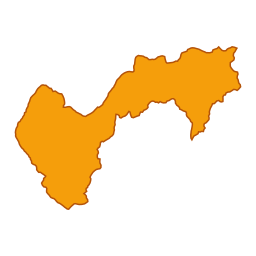 Santa Bárbara, Minas Gerais, Brazil
{"feature_id": "56859067B69434918593037", "entity_name": "Santa Bárbara", "entity_type": "district", "adm_level": 2, "iso_a3": "BRA", "parent_name": "Brazil", "parent_adm1": "Minas Gerais", "projection": "mercator", "projection_center": [-43.456, -20.054], "detail": "fine", "context": "isolated", "style": "filled", "palette": "amber", "viewbox_px": 256, "rotation_deg": 0, "n_neighbors": 0, "source": "geoboundaries", "source_scale": "gbopen_adm2", "svg_char_len": 5039}
<svg xmlns="http://www.w3.org/2000/svg" viewBox="0 0 256 256"><path d="M205.1,128.0L204.0,126.4L203.9,124.9L204.4,123.6L206.2,122.7L207.7,121.0L208.9,119.6L209.1,118.0L208.6,116.0L209.6,114.0L209.3,111.9L209.8,110.0L210.5,108.0L211.8,105.6L212.5,103.7L214.0,103.7L215.2,102.8L216.7,101.0L218.8,100.5L220.2,101.7L221.7,101.9L222.9,101.5L223.0,99.5L222.9,96.6L224.0,95.1L225.4,94.9L226.0,93.0L227.8,92.1L229.9,91.9L232.1,90.5L233.7,89.4L235.7,89.7L237.1,90.4L238.4,89.4L239.5,88.1L240.6,86.8L240.2,84.7L238.9,83.2L238.5,81.7L238.1,79.8L237.1,78.0L237.3,75.9L238.0,74.1L237.5,72.1L234.4,71.4L233.0,70.2L231.5,68.4L230.4,66.6L230.2,65.0L230.3,62.6L232.0,61.4L233.9,59.9L234.3,57.9L233.3,55.8L233.6,53.3L235.0,51.6L236.0,49.7L236.9,48.2L234.6,47.3L232.1,46.8L230.4,47.8L228.7,48.3L227.3,49.1L225.9,50.7L223.8,50.9L221.9,50.3L220.1,48.5L218.7,46.9L217.1,48.5L215.1,49.1L213.0,49.9L212.2,52.1L209.6,52.8L207.8,52.7L206.3,52.7L204.8,51.9L203.2,51.3L201.8,50.7L200.4,50.0L199.1,49.3L197.7,48.9L196.2,48.5L194.5,48.0L192.7,47.8L191.0,48.0L189.2,48.9L187.7,49.5L186.9,51.2L184.9,51.9L183.3,52.4L181.8,53.0L181.0,54.6L180.5,57.0L179.8,58.6L178.4,59.8L177.6,61.2L175.8,61.1L174.2,61.9L172.9,62.4L171.3,62.6L169.1,62.9L167.0,63.1L165.9,61.9L165.5,60.3L165.1,58.9L164.7,56.6L162.6,55.9L161.1,56.0L159.8,56.5L158.1,56.9L156.8,58.0L155.3,59.2L153.8,59.5L152.2,59.3L150.7,59.6L148.9,59.6L146.8,57.7L144.7,57.2L143.5,56.3L141.5,55.9L139.9,55.8L138.4,55.5L137.1,56.2L135.8,57.3L135.2,59.1L134.9,61.8L134.6,64.3L133.8,66.0L133.8,68.0L134.1,69.6L133.9,71.2L132.8,72.0L131.2,71.8L129.3,71.5L127.3,71.8L125.4,72.5L123.7,73.4L121.8,74.8L120.6,76.1L119.6,77.5L118.3,78.7L116.9,80.2L116.0,82.2L115.2,84.3L114.3,85.7L113.7,87.2L112.4,88.4L111.3,90.0L110.2,91.4L109.2,92.5L108.4,93.7L108.1,95.4L107.4,97.0L106.5,98.2L105.7,99.6L104.3,101.4L103.2,103.1L102.7,104.6L101.6,105.4L100.3,106.5L98.9,107.4L97.6,107.1L96.5,108.4L95.1,109.8L93.6,111.5L92.4,112.5L91.0,113.4L89.3,114.3L87.6,115.1L85.7,116.4L83.4,116.1L82.1,115.4L80.8,114.3L79.4,113.7L78.2,113.0L76.3,112.2L74.9,110.7L73.5,109.9L72.0,108.4L70.7,107.1L69.3,106.6L67.4,106.8L65.5,107.3L63.4,107.2L63.5,105.6L64.6,104.0L64.6,102.4L64.4,100.8L63.9,98.4L62.9,96.0L61.7,93.9L59.7,93.7L58.3,93.2L56.9,92.2L55.3,91.1L53.0,91.5L52.0,89.7L51.0,88.3L49.6,88.4L48.6,87.4L47.4,86.5L46.0,85.3L44.5,85.3L43.0,84.9L41.4,85.3L40.1,86.6L38.9,87.6L37.8,88.7L36.6,90.5L35.5,92.8L34.3,94.2L32.7,95.6L30.8,97.7L30.1,99.6L29.7,101.1L29.0,102.7L28.3,104.1L28.0,106.4L27.0,108.0L26.2,109.8L26.0,111.9L24.6,112.7L24.3,114.9L22.9,116.8L22.3,118.3L21.1,119.5L20.0,121.5L18.4,122.4L17.7,124.2L17.5,126.2L16.3,128.2L15.7,130.3L15.4,132.3L15.7,134.4L15.6,136.0L16.2,137.5L17.3,139.3L18.7,141.8L19.5,144.4L20.8,146.6L22.1,148.3L23.4,149.3L24.4,151.1L25.7,152.1L26.8,153.6L28.3,155.0L29.2,157.0L30.3,157.9L30.5,159.5L31.4,160.7L31.7,163.1L33.2,164.3L35.1,165.0L36.4,166.3L36.7,168.2L36.7,169.8L37.6,171.0L38.7,172.3L40.5,172.3L42.1,173.5L43.6,174.5L45.7,176.1L44.8,177.5L43.7,178.3L43.5,180.3L42.6,181.4L41.6,183.1L42.4,185.2L43.9,186.9L45.9,187.2L46.8,188.5L46.6,190.3L46.6,192.0L47.6,193.5L48.8,194.7L49.7,195.9L50.8,197.4L52.3,198.1L54.1,198.7L55.5,200.0L56.6,201.5L58.1,202.8L59.6,203.3L61.0,204.2L62.2,205.1L63.5,206.1L64.6,207.1L65.9,208.0L67.2,209.0L68.7,209.2L69.9,207.8L71.2,206.4L72.7,205.1L74.2,203.8L75.5,203.7L77.2,204.1L79.1,204.5L81.8,204.4L84.6,203.8L86.3,202.7L87.8,201.6L87.6,199.6L86.4,198.0L86.3,196.0L85.4,194.8L83.9,193.6L85.5,192.3L86.7,191.3L86.0,190.0L86.2,188.4L87.6,187.4L87.8,186.0L88.9,184.9L90.0,182.9L90.6,180.7L90.8,178.8L90.0,177.2L90.8,175.5L91.7,174.1L92.8,172.4L94.7,170.6L96.3,169.5L98.1,169.0L99.9,168.7L100.9,167.5L101.0,165.2L99.9,163.0L99.8,161.3L100.0,159.0L97.9,158.7L97.3,157.1L97.3,154.9L98.4,152.9L98.1,151.1L97.1,149.4L98.3,147.8L99.6,146.9L100.2,144.8L100.5,142.4L102.1,141.3L103.4,141.8L105.2,140.6L107.4,139.3L109.2,138.3L110.5,136.9L112.4,135.6L113.5,134.0L113.9,131.8L114.4,129.9L114.1,128.3L114.3,126.7L115.1,124.8L114.8,122.3L115.1,120.7L115.6,118.8L115.7,116.4L116.0,114.3L117.8,114.6L119.2,115.6L119.6,117.4L121.0,118.0L122.8,116.8L125.1,116.0L126.7,114.7L127.7,113.2L128.9,111.4L130.0,112.1L130.4,114.0L131.0,115.8L131.6,117.2L133.3,117.7L135.5,116.8L137.2,116.1L139.2,115.5L139.7,113.9L140.5,112.1L142.5,112.2L143.8,110.3L145.7,109.5L147.0,108.6L148.0,107.4L147.7,105.2L149.2,103.2L150.6,101.8L152.2,101.1L153.8,101.2L155.5,102.3L157.1,102.1L158.5,102.9L160.1,101.6L161.9,102.5L163.6,102.9L165.9,102.7L167.0,101.1L169.2,100.5L170.6,99.5L171.8,98.8L173.4,98.7L174.8,99.7L175.4,101.3L175.5,103.2L176.8,105.2L178.3,106.3L179.4,107.5L179.8,109.2L181.3,109.7L182.7,110.6L184.1,111.2L185.8,111.7L186.5,113.2L186.4,114.8L187.0,116.4L188.4,117.8L190.0,119.6L190.8,121.6L192.2,122.7L192.4,124.4L192.2,126.2L191.9,127.9L191.6,129.5L191.2,131.0L191.0,133.1L190.8,134.7L190.8,136.2L191.0,138.3L191.9,139.8L192.9,137.8L194.1,135.9L195.5,135.2L196.7,134.5L198.0,133.7L198.6,131.8L200.1,132.0L201.5,131.4L203.4,131.5L203.9,129.5L205.1,128.0Z" fill="#f59e0b" stroke="#b45309" stroke-width="1.5"/></svg>